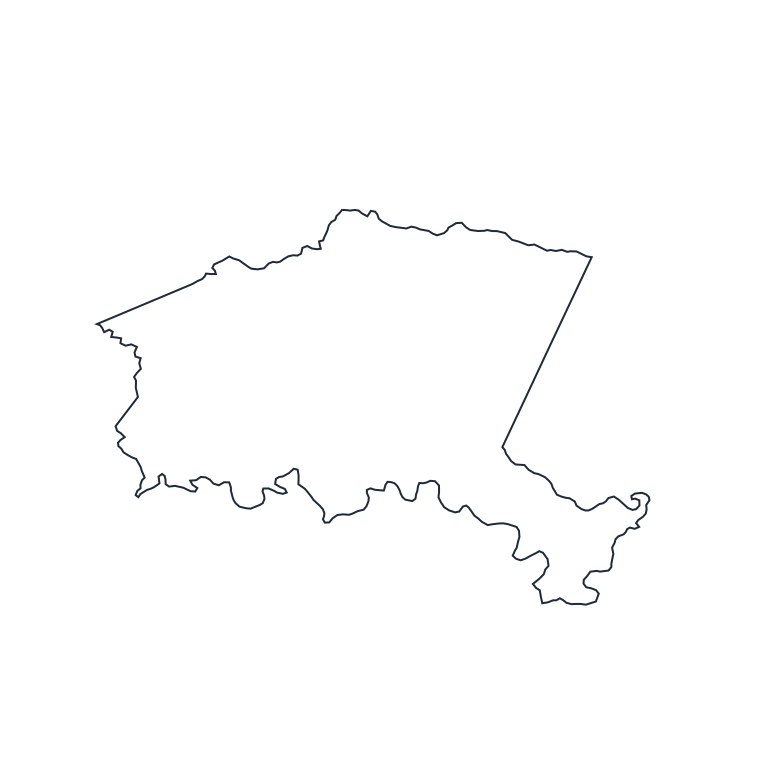 outline of Uirapuru, Goiás, Brazil, rotated 110°
{"feature_id": "56859067B35943950615068", "entity_name": "Uirapuru", "entity_type": "district", "adm_level": 2, "iso_a3": "BRA", "parent_name": "Brazil", "parent_adm1": "Goiás", "projection": "robinson", "projection_center": [-49.926, -14.136], "detail": "fine", "context": "isolated", "style": "outline", "palette": "slate", "viewbox_px": 768, "rotation_deg": 110, "n_neighbors": 0, "source": "geoboundaries", "source_scale": "gbopen_adm2", "svg_char_len": 4727}
<svg xmlns="http://www.w3.org/2000/svg" viewBox="0 0 768 768"><g transform="rotate(110 384 384)"><path d="M411.1,129.5L414.4,134.1L418.3,135.3L421.2,137.4L423.1,140.5L430.2,145.7L432.9,148.6L434.0,151.7L434.0,155.7L432.4,161.6L429.2,164.4L427.9,170.6L428.8,174.6L429.1,179.1L428.9,183.6L423.9,189.8L420.6,192.5L418.7,195.5L416.5,200.8L415.8,208.2L416.4,212.1L415.2,218.6L412.1,224.4L413.5,228.9L414.6,232.9L413.0,238.1L409.7,242.6L407.8,245.5L404.7,247.9L402.8,251.2L350.1,246.4L291.6,241.2L193.8,232.2L194.8,237.6L193.6,248.3L195.4,254.0L197.1,256.9L197.1,262.8L200.2,267.9L201.1,273.3L203.0,276.4L202.4,282.0L201.5,290.3L204.3,295.9L204.1,305.9L204.7,313.0L200.7,321.7L201.7,330.2L203.3,334.7L204.0,339.6L205.8,342.3L208.1,348.1L209.8,355.7L208.7,360.4L205.9,366.1L208.2,371.3L211.3,373.7L215.0,376.9L217.9,377.1L221.7,379.2L226.1,385.0L226.0,389.7L224.9,394.4L226.4,403.1L226.1,407.4L226.8,412.1L230.2,416.2L231.3,421.1L232.6,426.9L233.3,432.3L232.5,437.2L231.8,441.7L230.4,445.5L226.8,448.4L225.1,451.2L225.8,455.6L229.1,456.3L232.1,457.0L231.3,462.8L229.7,467.1L230.4,470.9L232.6,475.1L233.6,479.3L234.8,483.0L238.1,484.1L242.4,486.1L246.3,486.0L249.8,488.9L253.8,490.1L258.9,489.7L262.8,489.9L265.9,490.3L269.9,490.3L272.2,493.8L275.6,491.7L278.6,489.7L280.2,492.9L281.3,498.0L280.6,503.4L284.0,507.2L289.8,506.5L292.9,509.2L294.1,513.4L296.7,517.5L300.7,520.8L304.4,523.3L306.4,526.2L307.2,530.1L310.0,533.4L316.3,536.3L319.5,542.0L321.0,548.0L320.4,551.3L317.3,562.4L317.6,568.6L317.1,573.0L323.8,578.4L326.2,581.0L329.8,584.6L333.7,585.0L335.4,581.6L338.2,579.6L339.7,583.6L341.1,589.0L344.3,589.3L347.6,590.8L351.1,594.5L355.5,598.2L425.9,674.3L425.9,670.8L427.7,668.0L431.0,664.7L427.0,660.8L427.7,656.8L433.1,656.4L431.8,651.2L431.0,646.6L435.8,645.6L436.4,640.0L433.2,635.0L433.7,628.9L439.7,629.2L443.2,627.0L443.0,621.5L448.2,621.1L452.9,617.7L458.0,619.9L462.8,621.3L465.6,618.2L468.9,617.1L472.5,615.9L476.2,613.5L480.4,610.8L515.5,621.8L519.3,618.7L520.3,614.4L522.6,609.5L526.5,612.3L530.2,613.9L533.2,612.3L534.7,608.6L537.3,605.4L538.5,600.0L539.2,595.3L539.2,591.3L545.2,584.3L548.3,582.1L550.9,579.6L553.9,576.9L557.2,578.5L562.1,578.4L565.3,577.1L568.8,579.2L573.3,579.4L574.4,576.2L570.6,575.2L567.2,572.5L564.5,570.4L562.3,567.5L559.7,564.9L554.2,561.0L548.0,564.2L544.4,561.7L545.5,558.6L548.5,556.7L552.8,554.9L553.9,550.9L551.2,545.5L550.1,537.2L550.9,529.0L549.6,524.6L545.6,523.8L544.2,529.6L541.1,533.0L538.6,527.6L534.0,524.4L532.7,519.7L533.5,514.8L536.0,510.1L535.6,504.5L531.0,500.7L529.4,495.8L533.4,492.6L536.7,491.3L539.7,489.2L542.4,487.4L544.7,485.4L546.8,482.7L548.7,477.8L547.9,471.0L546.7,466.6L543.0,462.6L540.5,459.7L537.5,457.2L532.9,457.0L529.9,458.5L526.4,461.4L523.5,461.7L521.6,456.7L522.0,450.7L522.6,447.3L521.8,441.5L519.3,438.3L516.5,441.3L516.3,446.4L515.2,452.1L510.1,453.1L507.2,450.7L505.6,447.6L500.4,442.9L494.5,439.8L494.1,435.8L498.9,433.1L501.9,432.0L507.5,430.1L509.5,422.6L511.7,418.7L514.9,413.5L517.1,410.5L518.8,406.5L520.4,402.6L522.6,398.6L525.9,395.8L528.8,395.1L532.0,395.1L534.5,392.3L532.8,388.1L527.7,386.3L523.1,383.0L520.6,378.2L518.8,372.0L516.3,369.0L512.4,365.2L509.1,360.2L505.0,358.7L499.7,358.5L495.9,359.4L492.2,362.8L489.4,363.9L486.7,361.0L486.5,356.2L484.2,347.7L478.1,348.1L474.7,347.2L473.8,343.6L473.6,340.3L475.4,336.5L478.1,333.4L481.4,330.7L483.8,328.2L485.4,324.4L484.3,317.3L481.0,315.2L476.7,316.1L473.1,316.1L468.9,317.0L465.0,317.0L463.9,313.4L462.3,310.7L459.1,307.3L457.9,302.7L460.6,297.6L466.7,295.3L471.7,294.1L475.7,290.1L479.2,285.2L480.5,279.6L480.3,273.2L478.1,269.7L472.1,267.9L470.1,265.2L471.2,262.0L473.6,258.5L476.8,254.0L478.1,249.5L480.0,245.0L481.1,238.3L479.0,234.7L475.7,228.2L474.2,224.4L473.3,219.7L473.0,210.5L475.8,206.9L481.5,204.4L485.4,204.2L492.8,203.3L496.0,204.0L501.3,204.3L503.1,200.0L502.9,195.3L499.6,191.2L495.2,187.4L491.2,183.6L488.0,180.9L488.2,176.9L492.6,170.4L498.6,167.2L503.2,169.0L508.2,168.8L514.0,171.5L521.0,175.7L523.6,171.3L524.6,167.0L529.8,164.1L535.9,160.3L533.1,155.3L529.5,151.2L528.3,148.1L525.2,145.5L525.8,141.9L527.2,137.7L526.7,132.4L525.0,128.4L523.4,123.9L522.3,118.8L515.9,110.5L507.5,110.5L505.2,114.2L505.1,119.0L505.8,124.4L503.4,128.2L499.6,129.3L495.3,127.5L489.8,125.9L486.9,120.3L486.4,116.8L482.5,109.2L478.3,107.8L474.6,109.0L465.1,110.4L459.8,113.7L454.7,113.0L450.6,113.3L447.1,111.8L443.3,107.4L440.5,106.2L437.3,105.9L434.8,103.8L434.3,98.8L431.0,95.4L428.5,99.5L425.0,98.6L420.1,95.2L416.2,93.7L412.1,94.3L408.1,96.2L402.3,94.8L399.4,96.7L398.1,99.7L398.0,104.2L401.1,110.7L404.7,113.3L407.5,111.6L405.8,108.8L406.0,104.3L410.8,102.4L415.3,104.2L417.3,107.4L417.1,112.5L412.5,123.7L411.1,129.5Z" fill="none" stroke="#1e293b" stroke-width="2"/></g></svg>